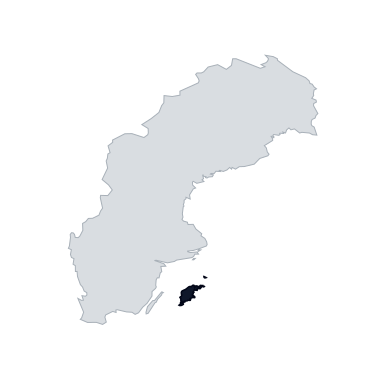 Gotland on a map of Sweden (Natural Earth projection), rotated 12°
{"feature_id": "SWE-193", "entity_name": "Gotland", "entity_type": "County", "adm_level": 1, "iso_a3": "SWE", "parent_name": "Sweden", "parent_adm1": "", "projection": "natural_earth1", "projection_center": [18.734, 57.653], "detail": "fine", "context": "in_parent", "style": "filled", "palette": "ink", "viewbox_px": 384, "rotation_deg": 12, "n_neighbors": 0, "source": "natural_earth", "source_scale": "10m", "svg_char_len": 6553}
<svg xmlns="http://www.w3.org/2000/svg" viewBox="0 0 384 384"><g transform="rotate(12 192 192)"><path d="M85.9,257.9L87.2,260.7L90.2,260.3L91.5,258.3L93.2,252.2L91.5,245.5L94.2,243.1L96.1,239.4L100.2,238.4L105.8,234.0L106.5,229.7L107.9,226.4L103.5,216.7L103.3,214.3L110.4,213.0L113.6,206.6L108.9,202.4L101.5,198.5L104.5,186.1L101.6,179.5L102.2,176.6L101.8,172.3L103.7,170.6L100.3,164.3L104.1,159.9L103.5,157.7L114.2,149.0L121.1,147.4L133.7,148.7L136.8,145.2L137.0,143.4L135.9,139.0L128.9,136.5L136.8,128.7L143.1,121.1L144.4,113.7L145.9,110.6L144.6,103.5L152.8,102.7L160.1,99.8L159.2,95.9L175.4,84.0L175.9,81.9L174.8,79.9L171.1,76.2L172.2,74.5L176.4,73.6L178.5,72.0L181.8,66.4L190.6,62.1L200.1,64.9L204.3,60.0L204.1,53.2L207.6,52.5L233.1,56.8L237.4,54.3L233.1,53.0L237.4,50.2L238.6,48.6L239.1,46.6L238.9,45.5L235.3,43.0L243.4,42.7L247.8,43.9L248.2,45.4L265.6,53.4L279.4,56.6L283.4,58.9L284.9,61.4L287.1,61.5L289.6,63.9L292.3,65.2L290.2,66.8L290.3,70.6L291.0,72.3L289.7,75.5L294.2,76.3L295.0,78.2L292.6,80.2L293.0,82.4L298.8,89.1L297.4,91.3L297.0,94.1L294.4,96.1L294.0,98.2L294.5,100.9L295.4,102.2L298.0,103.1L302.3,110.4L298.0,110.9L294.7,109.9L287.0,110.8L285.1,111.9L279.1,109.0L275.8,110.6L273.5,109.2L271.7,111.5L271.2,114.8L268.4,114.5L269.5,115.7L265.7,116.2L265.5,116.7L266.2,117.5L265.1,118.5L259.9,118.8L259.3,119.9L260.8,121.1L260.7,121.9L257.4,120.8L259.7,123.1L260.2,124.8L253.1,131.6L255.5,133.4L257.4,137.3L259.5,139.0L258.7,140.8L251.3,145.1L247.1,151.8L237.9,156.2L233.0,157.4L229.8,160.6L226.1,159.6L226.0,161.4L223.7,160.2L221.7,163.1L218.3,165.4L214.7,165.0L214.2,165.4L215.4,166.1L211.1,166.7L209.9,169.2L206.7,169.9L206.2,170.7L209.4,170.8L208.7,172.8L205.1,173.9L203.8,175.2L202.2,175.1L202.5,174.1L200.1,174.2L199.3,173.0L198.9,173.3L200.5,176.6L199.3,178.0L201.5,179.3L194.9,182.5L190.9,181.3L190.4,182.3L191.2,185.1L194.7,187.3L192.6,188.7L190.2,195.3L191.7,199.3L187.2,198.4L187.5,199.9L186.0,201.7L186.5,204.2L186.1,205.9L187.1,207.5L186.5,208.2L187.1,215.4L188.4,218.5L187.9,220.9L189.7,222.2L193.7,222.5L194.9,224.6L199.9,223.4L203.5,227.4L210.2,230.8L209.9,233.0L214.2,234.7L216.7,237.7L217.7,240.2L217.3,241.8L210.6,246.1L205.4,248.9L200.0,250.7L200.2,251.3L202.9,251.6L209.4,249.6L211.3,251.4L207.7,252.2L207.0,254.7L205.5,256.2L191.1,261.8L189.2,263.6L182.7,266.4L171.2,266.2L169.5,266.8L179.4,268.0L181.8,270.0L177.0,271.3L179.0,276.3L177.8,277.5L177.6,282.9L175.9,283.1L175.2,285.3L175.9,290.8L176.8,292.3L176.4,293.9L173.6,297.7L174.5,302.1L171.2,310.2L167.7,315.0L164.8,321.3L161.8,323.5L158.3,322.1L153.0,322.9L143.3,322.7L142.1,323.3L142.8,325.6L139.3,325.3L133.1,330.2L132.8,332.5L135.2,337.1L132.1,340.1L125.6,339.4L116.9,341.3L109.2,339.8L110.2,338.2L111.0,332.1L102.5,319.8L106.6,321.0L108.3,320.4L105.9,316.3L109.5,316.1L110.6,314.6L110.0,312.3L107.1,311.3L104.7,307.7L102.1,305.8L97.6,298.5L96.1,293.6L94.5,294.0L93.2,288.3L90.7,287.4L90.4,281.7L87.7,281.1L86.1,278.4L86.0,273.5L82.8,272.8L83.3,270.4L82.6,261.7L81.7,258.9L82.6,256.9L84.3,256.7L85.9,257.9ZM219.3,284.8L217.8,285.3L217.0,286.9L214.7,287.7L214.3,292.7L216.3,294.7L214.2,295.5L212.7,298.2L208.8,300.0L207.2,301.7L206.3,304.1L202.9,305.5L205.4,301.8L202.2,297.5L203.1,296.0L202.8,291.1L209.8,284.9L213.1,284.2L214.5,284.8L215.1,283.3L216.2,283.0L219.3,284.8ZM174.3,319.8L172.5,320.8L172.0,319.3L172.3,313.4L176.2,306.4L177.9,305.9L182.8,296.5L183.3,295.9L184.9,296.4L183.7,297.3L183.7,299.0L180.7,304.0L179.9,307.3L178.8,308.1L174.3,319.8ZM220.6,282.8L220.3,284.2L218.6,283.1L220.3,281.5L223.7,281.9L220.6,282.8ZM212.7,246.8L210.4,248.9L210.0,248.0L210.5,247.0L212.7,246.8ZM207.8,258.0L206.6,258.2L207.4,256.7L209.0,256.3L207.8,258.0Z" fill="#d9dde1" stroke="#a8b0b8" stroke-width="1"/><path d="M218.6,284.1L218.8,284.2L219.3,284.8L219.4,285.0L218.2,285.1L217.7,285.4L217.6,286.3L217.4,286.1L217.2,285.9L217.0,286.0L217.0,286.3L216.8,286.4L216.7,286.7L216.7,286.9L216.9,287.2L216.2,287.3L215.6,287.3L215.3,287.3L215.0,287.1L214.8,287.0L214.5,287.1L214.6,287.4L214.6,287.6L214.4,288.4L214.1,288.9L214.0,289.2L213.9,289.3L213.8,289.5L213.9,289.8L214.6,289.9L214.4,290.3L214.3,290.6L214.3,290.9L214.2,291.3L214.1,291.6L213.9,291.9L213.7,292.2L214.0,292.4L213.9,292.8L214.0,293.0L214.5,293.0L214.4,293.2L214.2,293.5L214.9,293.7L215.6,293.8L215.7,293.7L215.8,293.5L216.1,293.6L216.3,293.7L216.4,293.8L216.5,294.0L216.7,294.5L216.6,294.8L216.4,294.9L215.8,294.9L215.7,294.9L215.4,294.7L215.4,294.8L215.1,295.0L214.5,295.1L213.9,295.4L213.4,295.8L213.0,296.2L212.3,296.6L212.1,296.9L212.2,297.4L212.3,297.4L212.7,297.4L212.9,297.5L212.9,298.2L212.3,298.4L212.3,298.5L210.8,298.7L210.3,298.9L210.3,299.1L210.5,299.1L210.1,299.3L207.9,300.2L207.5,300.4L207.1,300.8L208.4,300.8L207.9,301.0L206.7,301.5L206.4,301.8L206.3,302.9L206.5,303.2L206.8,303.4L207.4,303.6L206.4,303.6L206.7,303.9L206.2,304.2L206.0,304.4L205.8,304.8L205.6,305.0L203.9,305.6L203.3,305.6L202.8,305.4L203.9,304.0L204.0,303.8L204.0,303.6L203.9,303.3L204.1,303.1L204.8,302.9L205.0,302.7L205.2,302.4L205.3,301.8L205.5,301.6L205.0,301.7L204.7,302.1L204.3,302.3L203.9,302.2L204.1,301.8L204.3,301.5L204.4,301.2L204.1,301.1L204.3,300.7L203.6,300.4L203.2,298.5L202.1,297.8L202.2,297.4L202.4,296.9L203.1,296.6L203.3,296.2L203.4,295.7L203.3,295.4L203.5,295.1L203.5,294.9L203.3,294.9L203.2,294.7L203.0,294.4L202.9,294.3L202.9,294.0L202.9,293.9L202.7,293.6L202.5,293.1L202.4,292.6L202.4,292.1L202.6,291.3L203.2,290.6L206.1,288.5L208.5,285.5L209.2,285.0L210.1,284.7L210.3,284.7L210.6,284.8L210.8,284.9L211.1,284.8L211.2,284.6L211.3,284.3L211.4,284.1L211.6,283.7L211.9,283.3L212.3,283.0L212.7,282.9L213.1,282.8L213.4,282.9L213.7,283.2L213.9,283.6L213.9,283.8L213.8,284.0L214.0,284.2L214.0,284.3L214.0,284.5L214.5,285.0L214.6,284.4L214.9,284.2L215.2,283.9L215.3,283.5L215.2,283.4L215.1,283.2L215.3,283.0L216.4,282.9L216.4,283.0L216.1,283.4L216.5,283.6L216.9,283.6L216.9,283.3L217.2,283.2L217.5,283.1L217.8,283.1L218.1,283.2L218.0,283.3L218.0,283.5L218.2,283.8L218.4,284.0L218.6,284.1ZM222.7,281.6L223.3,281.6L223.5,281.7L223.8,281.9L223.7,282.0L223.3,282.1L223.1,282.4L222.2,282.2L221.9,282.3L221.5,282.6L220.7,282.8L220.4,283.2L220.6,283.3L220.8,283.6L220.7,283.8L220.2,284.4L220.2,284.5L219.9,284.5L219.6,284.4L219.4,284.3L219.2,284.1L218.6,283.2L218.7,282.8L219.1,282.5L219.2,282.2L219.3,282.0L219.4,281.8L219.6,281.6L219.9,281.5L220.5,281.6L220.8,281.4L221.2,281.4L221.5,281.5L221.8,281.3L221.9,281.7L222.1,281.8L222.7,281.6ZM223.7,272.8L223.0,273.2L222.3,273.4L221.6,273.1L221.2,272.2L221.8,272.2L222.2,272.4L223.2,272.6L223.7,272.8Z" fill="#0f172a" stroke="#020617" stroke-width="1.5"/></g></svg>